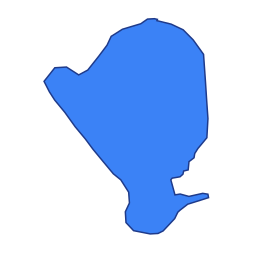 the district of Wonsan City, Kangwŏn-do, North Korea, rotated 86°
{"feature_id": "82179303B41531617373143", "entity_name": "Wonsan City", "entity_type": "district", "adm_level": 2, "iso_a3": "PRK", "parent_name": "North Korea", "parent_adm1": "Kangwŏn-do", "projection": "equal_earth", "projection_center": [127.373, 39.107], "detail": "fine", "context": "isolated", "style": "filled", "palette": "blue", "viewbox_px": 256, "rotation_deg": 86, "n_neighbors": 0, "source": "geoboundaries", "source_scale": "gbopen_adm2", "svg_char_len": 881}
<svg xmlns="http://www.w3.org/2000/svg" viewBox="0 0 256 256"><g transform="rotate(86 128 128)"><path d="M235.3,105.4L233.1,100.1L221.6,87.7L215.5,84.2L213.5,81.7L208.2,73.8L204.6,58.7L203.1,52.5L199.6,52.9L198.4,58.0L200.5,72.0L197.5,80.6L198.0,85.8L182.6,88.9L181.1,87.4L180.3,79.5L177.9,76.4L174.8,75.5L174.0,70.9L165.8,69.5L162.3,64.2L158.1,63.2L153.2,59.6L152.1,58.5L143.2,50.0L124.2,47.6L107.0,47.6L87.7,47.5L72.7,47.5L59.8,47.5L44.7,56.8L33.9,66.1L27.4,77.7L22.9,91.7L21.7,91.1L20.8,94.0L20.7,101.0L24.9,108.0L27.0,117.4L29.1,126.7L35.4,138.4L43.9,143.1L54.6,152.4L67.4,164.1L71.6,173.5L62.9,185.1L62.8,196.8L75.6,208.5L86.4,203.9L95.0,199.2L108.0,189.9L123.1,180.6L136.0,171.3L146.8,164.4L159.8,155.1L172.7,145.8L179.2,138.8L192.1,131.8L202.9,131.8L211.4,136.5L222.2,136.6L230.8,129.6L235.2,113.3L235.3,105.4Z" fill="#3b82f6" stroke="#1e3a8a" stroke-width="1.5"/></g></svg>